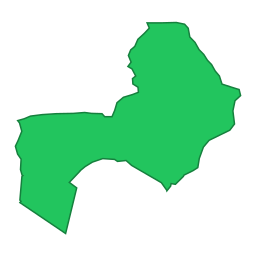 outline of Karlstad, Värmland, Sweden
{"feature_id": "70781695B32698767031926", "entity_name": "Karlstad", "entity_type": "district", "adm_level": 2, "iso_a3": "SWE", "parent_name": "Sweden", "parent_adm1": "Värmland", "projection": "natural_earth1", "projection_center": [13.634, 59.463], "detail": "fine", "context": "isolated", "style": "filled", "palette": "green", "viewbox_px": 256, "rotation_deg": 0, "n_neighbors": 0, "source": "geoboundaries", "source_scale": "gbopen_adm2", "svg_char_len": 1206}
<svg xmlns="http://www.w3.org/2000/svg" viewBox="0 0 256 256"><path d="M65.6,233.5L76.7,187.9L69.3,182.4L79.9,171.2L80.0,171.1L79.9,170.9L85.1,166.6L92.4,162.1L102.7,158.6L114.6,159.4L117.5,161.4L126.1,160.5L131.6,165.4L161.4,182.7L166.8,190.3L166.9,190.8L170.6,186.2L171.1,183.6L175.4,184.3L183.4,176.4L183.9,175.3L183.6,175.3L193.1,170.6L197.8,167.6L199.3,158.4L203.4,147.1L209.1,140.3L219.5,135.2L229.8,130.2L234.5,124.0L232.9,110.9L235.0,100.7L240.6,95.6L239.1,89.5L237.0,88.9L230.3,86.8L222.0,84.1L219.4,76.0L215.2,71.0L211.6,64.6L207.4,60.2L203.8,54.5L199.1,49.7L195.0,42.4L189.8,37.0L188.2,28.2L185.3,25.0L184.6,24.2L176.3,22.5L161.3,22.9L147.1,22.9L149.3,28.1L144.3,33.4L137.9,39.3L134.8,46.4L130.7,49.9L128.4,55.5L131.1,62.1L127.9,66.5L132.0,68.9L135.7,76.0L132.5,78.6L132.9,84.0L138.0,87.2L138.4,92.3L132.0,94.7L123.4,97.3L117.0,102.7L114.7,110.4L112.0,116.7L104.7,116.7L102.0,113.7L91.5,113.4L84.7,112.5L80.8,112.8L73.3,113.4L56.4,113.7L42.3,114.6L30.5,116.1L24.1,118.8L17.7,120.6L19.5,122.9L21.8,131.3L18.1,140.5L15.4,146.2L17.6,154.1L21.1,159.2L20.5,169.6L22.3,175.8L22.6,175.8L21.9,176.6L19.9,200.1L21.0,201.3L19.9,202.6L65.6,233.5Z" fill="#22c55e" stroke="#15803d" stroke-width="1.5"/></svg>